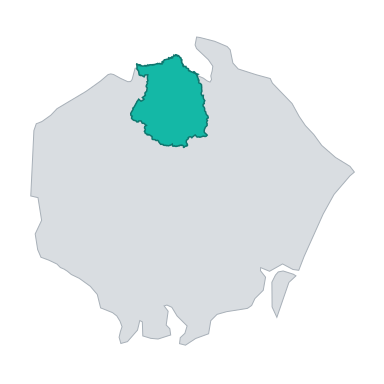 Kono, Eastern, Sierra Leone shown in context, rotated 273°
{"feature_id": "65957751B39294828597109", "entity_name": "Kono", "entity_type": "district", "adm_level": 2, "iso_a3": "SLE", "parent_name": "Sierra Leone", "parent_adm1": "Eastern", "projection": "orthographic", "projection_center": [-10.815, 8.706], "detail": "fine", "context": "in_parent", "style": "filled", "palette": "teal", "viewbox_px": 384, "rotation_deg": 273, "n_neighbors": 0, "source": "geoboundaries", "source_scale": "gbopen_adm2", "svg_char_len": 7500}
<svg xmlns="http://www.w3.org/2000/svg" viewBox="0 0 384 384"><g transform="rotate(273 192 192)"><path d="M347.0,188.5L346.7,191.8L343.7,206.7L339.1,219.5L336.0,222.7L322.9,226.1L317.3,231.7L312.5,249.9L309.4,264.2L304.9,266.6L285.6,287.3L273.0,295.1L264.2,301.8L255.8,310.6L245.3,319.1L234.0,333.5L225.9,348.4L220.4,353.1L216.3,348.8L197.1,334.0L176.8,324.1L133.7,307.4L119.4,302.7L119.9,296.9L124.9,286.2L116.9,273.6L120.1,264.5L117.0,264.5L110.8,269.9L97.6,268.3L88.9,260.4L81.8,257.5L78.7,253.5L74.3,232.8L71.1,223.4L64.5,217.5L51.3,216.0L45.9,203.3L38.7,193.5L39.9,187.5L45.9,187.9L50.5,192.3L58.0,194.1L67.4,183.6L75.8,177.9L77.8,172.9L76.8,170.1L71.7,174.4L57.8,173.2L54.3,177.0L48.1,178.2L43.4,165.8L43.7,158.5L45.7,150.4L59.7,149.2L60.9,146.6L51.2,144.8L39.2,135.4L37.0,128.9L43.1,126.8L48.8,127.8L53.8,129.2L59.2,126.9L64.3,123.4L67.4,118.9L71.5,106.8L84.7,102.8L92.5,95.4L99.9,83.9L103.3,75.8L106.3,71.8L108.3,68.3L109.7,64.5L113.0,60.9L116.5,52.4L118.9,44.6L126.4,40.9L141.9,37.6L155.8,43.3L178.3,38.5L179.6,31.2L200.2,31.1L224.7,31.0L245.0,30.9L252.0,32.9L254.5,38.4L261.2,46.9L268.2,52.9L276.9,65.9L287.0,81.0L297.9,94.7L304.9,102.1L305.7,104.7L305.2,107.6L301.8,114.6L298.8,122.1L299.1,124.9L301.2,126.3L312.6,128.7L313.7,137.1L313.7,148.7L319.2,159.5L324.5,167.4L324.3,170.3L311.3,183.9L306.3,197.4L303.8,201.2L302.7,204.2L305.3,205.6L308.9,204.7L313.9,205.8L318.7,206.2L325.0,201.4L335.5,189.0L339.0,187.4L347.0,188.5ZM115.2,297.5L113.7,300.2L106.8,293.5L71.3,283.3L81.4,278.0L106.1,276.5L113.4,279.7L116.7,282.3L117.9,287.2L115.2,297.5Z" fill="#d9dde1" stroke="#a8b0b8" stroke-width="1"/><path d="M309.1,190.6L309.9,191.9L310.1,191.4L310.1,191.1L309.9,190.8L310.3,190.4L310.2,190.2L309.9,189.9L310.1,189.6L310.7,189.6L311.0,189.3L311.0,189.0L310.8,188.5L310.8,188.2L310.9,187.9L311.8,188.4L312.2,187.9L312.1,187.7L312.2,187.4L311.6,186.9L311.5,186.5L311.6,186.1L312.0,185.6L312.2,184.1L312.7,183.8L312.9,183.6L312.9,183.3L312.7,183.0L312.8,182.6L313.1,182.3L313.3,182.6L313.5,182.5L313.8,182.2L314.2,182.2L314.7,182.1L315.0,181.8L315.4,180.4L315.8,179.6L316.4,179.3L316.7,179.5L317.0,179.4L316.9,178.8L317.1,178.3L317.0,178.0L317.1,177.6L316.8,177.0L316.8,176.8L317.1,176.7L317.5,176.3L317.9,176.5L318.2,176.6L318.4,176.6L318.5,176.2L318.9,176.2L319.3,175.9L319.8,175.8L320.1,175.6L320.3,175.0L320.7,174.9L321.0,174.8L321.4,175.0L321.6,175.0L322.5,174.5L322.9,174.9L323.3,175.1L323.5,174.9L323.6,174.4L325.3,173.9L325.5,173.7L325.3,173.4L325.4,173.2L325.6,172.9L326.7,172.3L326.9,171.8L327.2,171.7L327.5,171.4L327.4,171.0L327.0,170.6L327.4,170.2L327.4,169.5L327.7,169.1L327.9,169.0L328.1,169.3L328.2,169.0L328.1,168.8L328.2,168.3L327.7,167.9L327.5,167.5L327.2,167.8L327.1,167.3L327.0,166.9L327.2,166.7L326.8,166.7L326.7,166.6L326.5,166.2L326.3,166.2L326.2,165.9L325.7,165.4L325.1,165.5L325.1,165.2L325.3,164.9L324.8,165.0L324.6,164.8L324.7,164.4L324.9,164.4L325.0,164.3L325.0,163.6L324.5,163.4L324.4,163.1L324.1,162.8L324.0,162.4L324.1,162.0L324.5,161.9L324.9,162.0L325.0,161.8L324.9,161.6L324.5,161.6L324.1,161.8L323.9,161.8L323.8,161.6L323.6,161.7L323.5,161.9L323.4,161.8L323.4,161.5L323.6,161.3L323.6,161.2L323.3,160.6L323.3,160.0L322.9,159.0L322.6,157.5L322.3,157.3L322.1,157.3L322.0,157.1L321.6,157.0L321.3,156.7L321.1,156.4L320.7,156.2L320.8,155.9L320.5,155.7L320.5,155.4L320.4,155.4L320.0,155.3L319.9,155.5L319.6,155.6L319.5,155.9L319.3,155.5L318.9,155.2L318.3,155.3L318.3,155.1L318.5,154.7L318.2,154.0L318.6,153.5L318.5,153.3L318.6,153.2L318.5,152.9L318.6,152.7L318.4,152.5L318.5,152.3L318.4,151.2L318.5,151.0L318.2,150.9L318.2,150.1L318.1,149.7L317.8,149.3L317.6,148.4L317.4,148.3L317.2,147.8L317.3,147.7L317.3,147.4L317.2,146.7L317.1,146.8L316.9,146.7L317.0,146.3L316.8,146.1L316.8,145.6L316.7,145.4L316.9,144.8L316.9,144.6L317.0,144.4L316.8,143.9L316.8,143.6L316.8,143.1L316.5,142.8L316.5,142.5L316.6,142.2L316.4,142.0L316.1,142.0L316.2,141.8L316.0,141.4L316.0,141.2L315.9,141.0L316.1,140.9L315.9,140.8L316.0,140.6L315.8,139.8L315.5,139.3L315.3,139.3L315.4,139.1L315.8,139.1L315.8,138.6L315.5,138.7L315.4,138.5L315.4,138.2L315.5,138.0L315.3,137.3L315.3,136.5L315.1,136.0L315.3,135.2L315.5,134.8L315.7,134.5L315.5,134.4L315.4,134.0L315.5,133.6L316.1,133.4L316.0,133.2L316.3,133.3L316.4,133.0L316.2,132.4L316.3,132.2L316.3,131.9L316.2,131.8L316.5,131.4L316.5,131.2L316.8,130.8L317.0,130.1L316.5,130.0L315.4,130.4L314.5,130.5L313.8,130.5L313.4,130.6L312.0,130.5L311.6,131.0L309.9,132.3L306.7,133.0L306.2,133.2L306.1,133.9L305.8,133.9L305.6,134.6L305.8,135.4L305.3,136.7L304.6,137.8L304.6,138.4L305.3,138.5L306.1,138.7L306.5,139.4L306.7,141.7L305.0,141.5L303.7,141.5L302.2,141.7L301.0,142.1L300.0,141.8L299.8,141.3L299.0,141.5L298.2,141.9L297.7,141.7L296.9,141.1L296.1,141.1L295.6,140.7L294.7,140.8L293.7,141.8L291.0,141.5L289.9,141.3L289.3,140.4L289.0,140.3L288.7,140.2L288.4,139.8L287.8,139.9L286.8,140.3L286.6,140.2L286.2,140.1L285.9,140.3L285.8,140.2L285.9,139.7L285.3,139.5L285.1,139.2L284.0,137.8L283.7,137.5L282.2,139.3L281.3,138.4L281.0,137.8L280.8,137.7L280.7,137.3L280.2,136.8L280.1,136.2L281.9,133.9L280.5,133.1L279.5,132.3L277.8,131.7L276.8,131.1L276.0,130.8L273.6,129.6L272.6,128.5L271.8,129.0L268.4,127.2L267.3,126.7L265.5,126.9L264.8,127.5L264.6,128.3L263.2,127.8L262.3,127.8L261.1,129.2L260.5,130.2L260.4,131.4L260.0,132.5L259.1,133.2L259.1,133.9L259.3,134.8L259.7,134.8L260.2,135.2L260.3,137.1L260.0,137.7L259.0,138.2L258.2,138.6L258.0,139.4L258.1,140.3L257.7,141.1L256.8,141.7L256.2,143.0L254.9,141.4L253.5,141.2L252.3,142.1L251.2,141.9L250.1,141.3L249.7,141.8L248.5,142.0L248.4,142.4L247.6,143.3L247.4,143.7L246.7,144.3L246.9,144.7L247.3,144.3L247.1,145.3L246.7,145.5L247.0,146.3L246.5,147.1L245.3,149.2L242.8,149.4L242.4,149.9L242.4,151.1L242.3,152.4L241.5,153.4L241.8,154.9L241.5,155.5L240.0,156.4L238.0,158.2L238.1,159.3L237.9,159.9L237.9,160.8L237.3,161.1L237.2,161.8L237.1,162.8L237.3,163.5L236.9,164.3L237.1,165.1L236.9,166.0L237.9,168.6L238.8,169.8L236.9,170.3L236.8,170.8L237.0,171.6L237.2,171.8L237.1,172.2L236.9,172.2L237.0,172.7L236.7,173.2L236.7,173.3L236.7,173.7L236.8,174.3L237.1,174.5L237.0,175.1L237.3,175.8L237.4,176.6L237.7,176.6L237.8,176.9L237.9,177.1L237.8,177.5L238.2,178.3L238.1,178.8L238.3,179.2L238.0,179.4L238.1,180.2L237.6,180.8L236.7,181.4L236.3,181.2L236.1,181.5L236.5,182.1L237.2,182.5L237.5,183.4L237.6,184.2L238.1,184.2L238.0,184.7L238.6,185.1L239.7,184.7L240.6,184.0L241.2,183.7L242.5,183.6L243.1,183.7L243.6,184.0L243.9,184.3L244.2,184.8L244.5,185.1L245.3,185.6L245.7,185.4L246.2,185.4L247.1,186.9L247.1,187.8L246.2,189.0L247.1,189.7L247.9,190.8L248.6,191.4L249.1,192.2L247.2,194.1L247.2,195.1L247.5,196.1L247.1,196.9L247.4,197.9L248.3,200.1L248.3,201.0L248.1,202.2L248.5,203.3L249.6,204.2L250.3,203.5L251.9,201.5L252.6,201.0L253.9,201.0L255.4,201.2L256.5,201.7L257.3,201.9L257.8,202.3L258.6,203.1L259.3,203.6L260.1,203.5L260.9,203.6L261.7,203.0L262.6,203.0L263.4,203.2L264.1,203.7L264.7,203.2L265.5,202.8L266.2,203.3L266.8,204.3L267.3,204.3L268.8,203.8L269.5,202.9L270.4,202.2L270.9,201.9L272.9,201.4L273.5,200.5L274.4,200.3L275.6,200.3L276.5,200.1L277.4,199.6L278.0,198.8L278.4,198.7L279.4,198.4L280.5,198.8L280.9,199.6L282.2,199.3L283.9,200.0L285.2,198.9L286.4,198.4L288.0,198.2L289.1,198.3L289.1,197.7L288.7,197.1L289.7,196.3L290.6,196.0L291.3,196.0L293.2,196.6L295.6,196.2L297.1,196.2L298.4,196.0L299.5,195.9L300.2,195.3L300.8,194.7L301.0,193.7L301.5,193.0L304.1,193.1L304.3,192.3L305.1,192.3L305.9,192.2L306.8,191.5L308.0,191.3L308.3,190.8L309.1,190.6Z" fill="#14b8a6" stroke="#0f766e" stroke-width="1.5"/></g></svg>